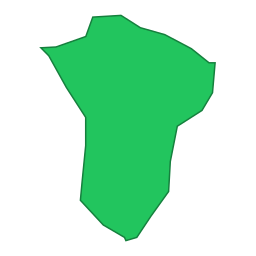 the district of Bjuv, Skåne, Sweden
{"feature_id": "70781695B11789611241227", "entity_name": "Bjuv", "entity_type": "district", "adm_level": 2, "iso_a3": "SWE", "parent_name": "Sweden", "parent_adm1": "Skåne", "projection": "orthographic", "projection_center": [12.999, 56.072], "detail": "fine", "context": "isolated", "style": "filled", "palette": "green", "viewbox_px": 256, "rotation_deg": 0, "n_neighbors": 0, "source": "geoboundaries", "source_scale": "gbopen_adm2", "svg_char_len": 433}
<svg xmlns="http://www.w3.org/2000/svg" viewBox="0 0 256 256"><path d="M125.9,240.6L136.8,237.4L150.9,216.2L168.6,191.5L170.3,161.5L177.3,126.2L202.0,110.4L212.5,92.7L215.1,62.8L209.0,62.8L191.4,48.7L164.9,34.7L140.3,27.7L121.0,15.4L92.8,17.1L85.8,36.5L55.9,47.0L40.9,47.8L48.8,55.8L66.4,87.5L85.7,117.4L85.7,145.6L82.2,180.9L80.4,200.3L103.3,225.0L124.5,237.4L125.9,240.6Z" fill="#22c55e" stroke="#15803d" stroke-width="1.5"/></svg>